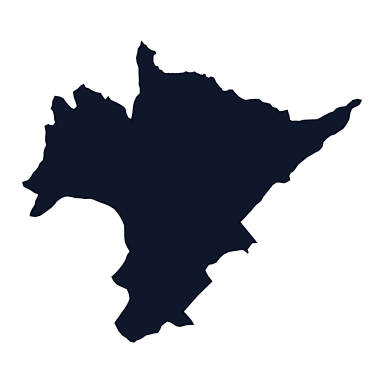 Ainamoi, Rift Valley, Kenya
{"feature_id": "3690345B54801368411234", "entity_name": "Ainamoi", "entity_type": "district", "adm_level": 2, "iso_a3": "KEN", "parent_name": "Kenya", "parent_adm1": "Rift Valley", "projection": "natural_earth1", "projection_center": [35.277, -0.312], "detail": "fine", "context": "isolated", "style": "filled", "palette": "ink", "viewbox_px": 384, "rotation_deg": 0, "n_neighbors": 0, "source": "geoboundaries", "source_scale": "gbopen_adm2", "svg_char_len": 4573}
<svg xmlns="http://www.w3.org/2000/svg" viewBox="0 0 384 384"><path d="M238.1,96.8L234.8,93.4L232.1,90.1L231.0,90.4L229.3,90.1L227.5,91.3L225.6,91.6L224.1,91.5L222.9,91.4L221.8,90.7L221.3,89.0L219.6,87.9L218.6,86.3L217.7,85.2L216.8,84.2L215.7,82.8L215.1,81.7L214.7,80.6L214.3,79.4L213.6,78.3L212.7,77.8L211.2,77.2L209.7,78.1L208.3,78.4L206.1,77.4L205.4,76.5L205.0,75.0L204.1,74.5L202.5,75.8L201.1,75.2L200.0,75.1L198.6,74.3L196.4,73.6L195.1,72.4L193.9,72.3L192.5,72.9L190.7,73.0L189.0,73.0L187.5,72.7L186.0,72.0L184.7,72.8L183.0,73.4L181.0,73.5L179.5,73.7L178.1,73.9L176.3,73.8L174.8,74.0L173.6,73.7L172.3,73.7L171.1,74.0L169.9,73.9L168.7,73.6L166.2,74.0L165.2,73.7L163.9,73.4L162.8,72.2L161.0,70.4L159.9,70.4L158.9,69.8L158.3,68.7L157.6,66.9L156.3,67.0L154.5,65.9L153.8,64.2L153.1,62.4L152.2,61.6L152.8,60.2L152.7,58.3L152.7,56.6L153.2,54.8L154.0,54.0L155.3,53.5L155.0,52.0L153.5,51.3L152.0,51.1L150.8,50.5L149.5,49.7L147.3,48.1L145.8,45.6L144.5,45.0L143.3,44.7L142.8,43.3L141.7,42.1L140.8,45.7L138.5,48.9L138.0,52.8L136.8,57.6L137.3,61.9L139.2,67.4L139.3,74.1L139.6,79.5L139.4,84.1L140.5,88.3L140.5,93.4L136.8,97.3L134.7,102.0L134.4,103.2L133.8,106.3L133.6,108.2L133.3,110.8L133.2,112.6L132.6,115.6L132.1,117.7L131.8,120.0L127.8,118.1L125.7,113.4L125.0,109.4L123.9,107.9L123.0,107.0L119.5,104.8L115.3,102.7L110.4,100.5L108.2,97.2L105.3,100.9L102.6,97.2L100.4,93.7L95.9,92.8L91.3,90.8L88.2,88.8L85.4,88.2L83.4,84.7L80.9,86.3L78.2,89.2L73.7,92.2L74.4,96.6L75.9,100.7L77.7,106.6L74.0,109.9L70.8,108.3L68.0,105.5L65.5,102.4L62.8,98.7L59.4,97.2L55.1,96.6L53.1,101.2L52.7,105.8L51.4,108.5L53.5,110.9L54.6,115.2L54.9,119.6L55.9,122.7L53.1,126.1L49.8,125.7L48.3,124.8L45.3,126.3L46.4,131.9L45.9,137.3L45.9,141.0L47.0,145.0L45.2,149.0L44.3,152.3L44.3,153.6L44.3,155.6L43.7,160.3L40.4,163.5L38.6,167.6L36.5,170.3L35.3,171.6L33.5,173.3L31.7,176.7L28.6,180.6L27.7,181.0L24.3,182.1L23.0,182.6L23.9,185.8L25.1,186.7L26.3,187.3L30.2,189.1L34.1,191.9L39.2,194.1L38.6,195.8L37.8,197.6L36.0,201.1L35.3,205.1L32.7,209.1L31.3,212.1L30.7,214.0L30.5,215.5L35.3,216.3L39.7,215.2L43.9,212.4L47.5,209.8L50.8,207.3L53.9,204.3L56.0,201.4L57.3,200.2L58.5,199.3L61.6,197.2L65.0,196.0L67.1,195.7L68.2,195.8L72.1,196.4L73.5,196.8L75.1,197.3L77.8,197.4L79.5,197.5L81.4,197.7L85.3,198.3L90.3,198.0L93.7,198.9L96.2,200.1L99.0,201.2L100.9,201.9L105.7,203.6L110.1,205.6L114.5,208.4L117.7,211.9L120.7,216.4L122.7,220.2L124.8,225.1L125.0,231.6L125.0,236.3L125.5,241.7L127.7,246.8L130.6,251.6L128.1,254.6L127.2,256.9L126.1,260.0L125.4,261.3L123.4,264.7L121.3,267.4L120.3,268.7L118.3,271.1L117.6,271.9L115.3,274.2L112.2,276.9L114.1,280.7L117.3,284.2L127.4,288.7L129.3,293.1L130.3,298.5L129.0,302.2L127.4,305.3L125.1,309.0L122.0,313.2L119.2,317.4L118.1,318.8L117.0,320.3L115.2,323.0L116.9,326.2L118.9,330.3L122.8,335.1L126.7,337.4L130.5,341.0L134.0,341.9L136.2,339.9L139.7,338.7L141.3,337.9L142.7,337.0L145.6,334.8L149.9,333.8L154.1,332.6L157.3,332.4L158.2,331.4L159.4,329.5L160.9,325.8L164.0,323.1L167.2,320.8L170.4,321.7L173.7,323.6L176.6,325.5L180.1,326.2L183.4,325.3L186.8,324.4L190.0,324.3L191.8,324.2L193.0,324.1L190.8,320.5L189.1,318.5L185.7,314.6L182.8,311.7L197.7,294.8L205.0,287.6L211.5,281.3L207.7,276.5L204.5,270.4L205.8,268.1L206.4,267.1L208.8,264.0L212.1,263.6L215.8,262.0L219.6,257.2L223.5,253.8L226.9,252.2L228.0,251.5L232.8,250.5L233.9,250.4L237.7,249.9L238.7,249.6L243.2,249.2L246.5,251.5L248.0,253.2L246.7,249.3L248.9,246.6L249.6,245.5L252.1,242.5L256.0,242.2L239.5,222.0L244.6,217.1L247.3,213.8L251.4,209.6L252.2,208.4L256.4,203.7L257.5,203.0L260.5,200.5L262.9,196.3L265.1,193.6L268.4,189.4L272.5,184.3L276.6,181.7L280.0,181.9L281.2,182.1L283.5,182.5L284.8,182.3L286.6,181.4L289.4,179.9L288.6,175.6L290.2,172.5L293.0,170.8L295.0,168.2L297.9,164.0L302.8,160.0L307.2,156.4L311.5,154.2L313.1,153.1L314.5,152.2L317.8,150.7L320.1,148.7L321.9,146.5L322.7,142.1L326.1,138.3L330.4,135.0L333.8,134.1L335.2,133.3L338.9,130.7L342.8,128.2L345.5,124.8L348.6,119.2L349.7,112.8L351.4,108.3L354.8,106.3L357.1,105.5L359.4,103.8L361.0,100.4L357.1,99.5L355.9,99.9L352.9,100.7L350.6,102.7L349.1,103.9L346.1,106.9L342.6,107.3L340.4,107.6L339.3,107.9L336.2,109.4L333.9,112.0L329.7,113.4L325.9,115.4L324.3,116.2L322.5,117.2L320.8,118.2L317.5,119.9L313.1,120.1L312.0,120.1L308.0,120.3L304.0,120.5L302.8,120.7L300.4,121.4L299.3,121.6L295.8,121.4L294.6,121.4L292.2,121.7L289.5,120.4L288.7,115.9L287.1,110.5L282.9,111.6L279.4,112.0L276.2,108.7L272.3,107.6L269.6,104.3L265.8,103.4L262.4,102.7L258.8,99.6L255.2,99.6L250.1,99.9L245.4,100.7L241.8,99.2L238.1,96.8Z" fill="#0f172a" stroke="#020617" stroke-width="1.5"/></svg>